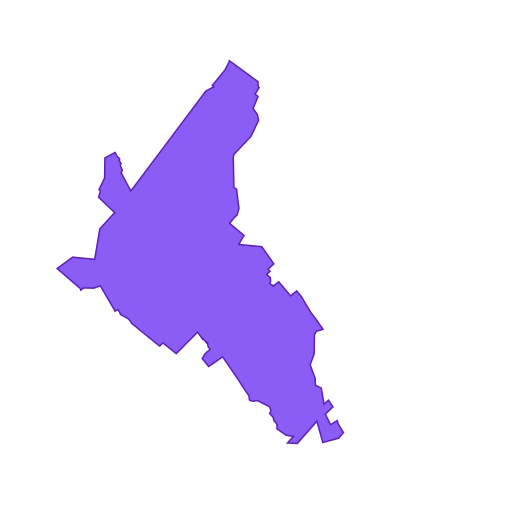 outline of Bacerac, Sonora, Mexico, rotated 219°
{"feature_id": "50627088B98976467166083", "entity_name": "Bacerac", "entity_type": "district", "adm_level": 2, "iso_a3": "MEX", "parent_name": "Mexico", "parent_adm1": "Sonora", "projection": "natural_earth1", "projection_center": [-108.843, 30.254], "detail": "fine", "context": "isolated", "style": "filled", "palette": "violet", "viewbox_px": 512, "rotation_deg": 219, "n_neighbors": 0, "source": "geoboundaries", "source_scale": "gbopen_adm2", "svg_char_len": 2529}
<svg xmlns="http://www.w3.org/2000/svg" viewBox="0 0 512 512"><g transform="rotate(219 256 256)"><path d="M395.6,267.4L394.8,244.8L394.2,227.7L412.1,235.4L413.4,235.8L413.7,238.4L418.2,240.9L418.9,241.3L419.0,242.9L420.0,243.2L422.0,243.8L422.1,244.0L423.2,245.8L423.9,245.9L424.1,245.8L424.6,245.8L425.8,245.7L430.7,247.8L435.1,237.1L434.9,236.8L434.1,235.8L422.7,221.3L421.9,217.8L419.8,208.8L417.9,208.9L415.3,202.6L410.0,202.2L408.9,202.1L408.0,202.0L406.6,201.9L406.1,201.8L401.6,201.5L401.0,201.4L393.2,200.8L394.4,178.8L394.1,178.2L386.8,165.2L385.4,162.8L379.3,151.9L395.6,141.1L397.7,139.9L402.7,121.1L374.7,120.2L372.8,120.2L372.2,120.1L371.5,119.8L370.8,119.2L369.8,122.7L365.4,126.2L361.9,128.8L358.2,134.9L347.2,130.7L330.8,124.5L329.4,127.7L324.3,125.3L315.9,126.8L313.6,126.5L309.8,125.4L274.2,125.3L273.5,129.9L257.4,129.9L256.5,130.0L253.5,160.0L245.1,157.8L245.1,158.4L239.5,157.3L239.2,158.4L237.5,156.5L236.3,155.6L235.6,155.2L233.1,154.7L232.8,154.7L233.0,154.2L233.1,153.9L233.1,153.3L233.1,153.2L233.1,152.3L233.6,151.2L233.8,150.7L233.8,150.0L233.8,149.6L233.8,149.1L233.9,148.1L234.1,147.4L234.0,146.7L233.7,146.1L233.6,145.5L233.5,144.9L233.4,144.3L233.4,143.8L233.3,143.4L233.3,143.2L233.2,142.5L233.2,142.4L228.1,141.4L223.3,140.3L221.0,147.9L218.5,156.6L213.9,155.3L192.5,148.9L183.9,146.0L173.4,142.9L170.9,140.3L170.3,139.9L167.0,141.1L163.9,144.5L150.5,147.4L146.9,145.0L146.3,142.2L141.1,141.4L138.0,139.0L136.9,139.3L133.7,138.4L131.0,134.9L130.1,134.9L119.7,135.7L113.4,139.3L113.9,130.5L111.4,132.3L105.9,136.3L104.7,165.9L86.7,153.1L77.1,166.4L76.9,173.8L87.0,177.4L89.2,179.3L91.9,171.9L102.7,176.7L101.2,187.1L108.9,189.6L109.9,183.7L122.1,194.4L128.5,192.9L132.9,198.1L140.8,202.7L145.4,205.5L149.2,216.5L161.0,231.5L161.7,235.5L157.8,241.2L169.8,244.7L177.5,246.5L195.2,253.0L198.2,253.6L202.4,254.5L204.0,246.8L217.6,249.4L220.5,249.9L221.4,250.1L222.1,250.3L222.9,246.8L223.5,243.7L224.6,243.9L224.7,243.2L227.2,243.4L228.4,243.6L228.6,245.4L231.3,248.2L236.1,248.4L235.4,252.8L238.3,253.4L237.2,261.1L257.4,266.9L270.2,258.4L276.6,254.2L277.4,258.4L278.2,264.4L297.0,264.8L297.1,272.1L296.5,275.8L299.1,282.2L309.6,292.2L313.0,295.6L316.4,295.5L335.7,318.3L337.1,321.2L335.2,345.9L339.4,363.1L344.0,366.8L351.1,368.8L354.8,381.3L358.6,381.1L359.5,388.9L360.8,388.9L364.2,392.8L370.0,392.4L381.4,391.9L399.4,391.0L399.3,390.9L398.0,384.9L397.2,381.1L397.2,380.9L397.3,361.0L395.3,360.9L397.3,356.2L398.8,352.7L395.6,267.4Z" fill="#8b5cf6" stroke="#5b21b6" stroke-width="1.5"/></g></svg>